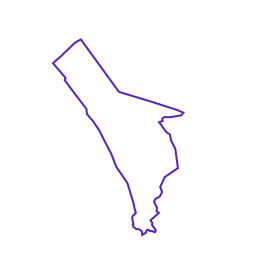 Murgap, Mary, Turkmenistan (Equal Earth projection), rotated 144°
{"feature_id": "10190150B75003432350729", "entity_name": "Murgap", "entity_type": "district", "adm_level": 2, "iso_a3": "TKM", "parent_name": "Turkmenistan", "parent_adm1": "Mary", "projection": "equal_earth", "projection_center": [61.783, 36.895], "detail": "fine", "context": "isolated", "style": "outline", "palette": "violet", "viewbox_px": 256, "rotation_deg": 144, "n_neighbors": 0, "source": "geoboundaries", "source_scale": "gbopen_adm2", "svg_char_len": 1411}
<svg xmlns="http://www.w3.org/2000/svg" viewBox="0 0 256 256"><g transform="rotate(144 128 128)"><path d="M77.4,113.3L94.8,137.1L114.1,162.5L114.1,173.8L114.1,203.7L114.1,215.7L114.1,227.4L118.5,227.9L121.8,228.1L131.7,226.6L136.8,226.0L139.6,225.5L147.5,224.8L150.6,224.4L149.1,205.9L149.5,205.6L149.4,204.8L151.1,203.9L150.9,185.5L150.4,167.9L152.9,163.5L152.6,157.0L152.2,154.9L152.7,143.0L154.7,130.6L156.7,117.1L160.1,104.3L160.3,103.6L160.8,84.4L161.0,83.7L161.0,83.3L168.1,63.0L169.8,59.5L171.4,55.0L171.9,55.1L172.2,54.5L176.3,53.9L177.9,52.2L180.1,47.0L180.8,47.0L181.8,44.9L181.2,43.0L180.8,41.7L180.5,41.4L178.8,39.6L178.7,39.5L178.4,38.9L177.8,38.0L177.8,37.8L177.8,35.8L179.3,33.2L179.1,33.2L175.2,32.7L173.2,34.3L171.2,33.7L171.1,33.3L171.0,32.0L169.1,30.6L169.0,30.3L167.6,27.9L167.4,27.9L166.9,28.0L165.6,29.0L165.5,34.1L165.6,35.3L164.3,36.6L164.2,36.8L164.0,39.9L164.0,40.1L154.9,41.0L153.7,41.1L152.9,41.2L153.6,43.1L153.9,43.8L151.4,46.5L150.3,52.9L147.8,54.5L142.7,53.9L138.1,56.1L137.1,59.6L136.7,61.1L136.6,61.4L127.0,66.7L113.8,66.3L111.2,66.2L103.6,80.3L102.0,83.3L101.5,86.5L100.5,92.4L100.3,92.8L97.9,98.3L98.0,98.5L98.9,100.5L99.1,101.6L99.3,102.4L99.4,103.2L99.4,114.1L99.4,114.4L97.9,114.0L95.8,113.4L95.3,114.6L94.8,115.5L94.6,115.5L92.3,115.5L87.2,111.8L79.8,108.0L78.4,107.4L77.5,106.9L74.2,107.8L74.3,108.0L77.4,113.3Z" fill="none" stroke="#5b21b6" stroke-width="2"/></g></svg>